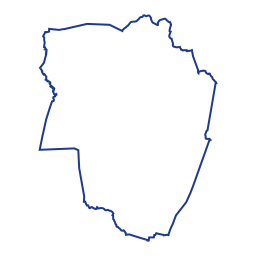 Erongarícuaro, Michoacán, Mexico
{"feature_id": "50627088B31918104119077", "entity_name": "Erongarícuaro", "entity_type": "district", "adm_level": 2, "iso_a3": "MEX", "parent_name": "Mexico", "parent_adm1": "Michoacán", "projection": "natural_earth1", "projection_center": [-101.71, 19.612], "detail": "fine", "context": "isolated", "style": "outline", "palette": "blue", "viewbox_px": 256, "rotation_deg": 0, "n_neighbors": 0, "source": "geoboundaries", "source_scale": "gbopen_adm2", "svg_char_len": 5437}
<svg xmlns="http://www.w3.org/2000/svg" viewBox="0 0 256 256"><path d="M210.5,140.0L209.4,138.8L208.9,138.8L207.6,138.9L206.4,138.9L206.2,138.8L205.8,138.5L205.7,138.2L205.6,137.2L205.7,136.8L205.7,136.3L205.2,134.9L205.3,134.1L206.1,132.4L206.4,131.2L206.8,130.7L207.5,130.3L215.6,83.3L216.3,83.2L216.1,82.7L216.0,82.4L215.6,81.9L214.5,80.8L213.7,79.9L212.9,79.2L212.7,79.0L212.6,78.8L212.6,78.7L212.6,78.4L212.5,77.9L212.3,77.7L212.0,76.9L211.7,76.8L211.5,76.6L210.8,75.8L210.5,75.3L210.1,74.2L209.8,73.7L209.7,73.6L209.0,73.6L208.9,73.6L208.6,74.1L208.2,74.1L207.8,73.9L207.6,73.7L207.4,73.6L206.9,73.5L206.7,73.4L206.3,73.0L205.8,72.3L205.7,71.9L205.5,71.3L205.4,71.0L205.2,70.9L204.3,70.8L203.9,70.6L203.0,70.7L202.8,70.9L201.7,70.8L199.7,71.5L198.6,72.2L198.6,72.5L198.5,73.2L198.3,73.0L198.1,72.5L198.0,72.0L198.0,71.6L198.1,70.5L198.1,70.1L197.9,69.6L193.3,57.0L193.0,56.1L192.8,55.0L191.9,50.1L190.7,50.6L189.6,50.8L187.9,51.0L187.4,51.2L187.2,51.2L187.1,50.9L186.7,50.9L186.6,50.2L185.9,50.3L184.2,50.1L183.8,50.2L183.4,50.4L183.0,50.4L182.8,50.4L182.5,50.1L181.5,49.8L181.1,49.7L180.9,48.8L180.7,48.6L180.2,47.9L180.0,47.5L179.9,47.0L179.7,47.1L179.1,47.1L178.2,47.2L177.4,47.3L176.8,47.2L176.6,47.3L175.9,47.2L175.4,47.1L175.2,47.0L174.9,46.7L174.2,46.8L173.7,46.6L173.3,46.3L173.0,46.0L172.9,45.7L172.7,45.1L172.8,44.9L173.0,44.4L173.0,43.7L171.6,38.7L171.2,38.6L170.7,38.4L170.2,38.0L169.6,37.4L169.5,37.0L169.4,36.5L169.3,36.3L169.2,35.7L169.7,34.2L170.1,33.0L170.7,31.7L169.6,31.2L169.6,30.9L169.6,29.8L170.2,27.5L171.1,24.7L171.0,24.4L170.6,24.1L170.5,23.7L170.6,23.3L169.9,22.0L169.7,22.1L169.3,22.1L168.8,22.0L168.4,21.8L168.1,21.4L165.2,18.7L163.7,18.9L162.8,19.2L162.1,19.4L160.4,19.9L159.8,20.2L159.4,20.5L159.1,20.9L158.7,21.3L158.1,22.4L157.8,22.8L157.8,23.0L157.9,23.7L157.9,23.9L157.9,24.3L157.9,24.9L157.9,25.0L157.7,25.1L157.4,25.1L157.1,24.8L156.5,24.6L155.3,24.0L154.6,23.5L153.4,23.0L152.9,22.7L152.5,22.3L152.0,21.4L151.6,20.6L151.3,20.0L151.2,19.6L151.1,19.2L150.8,17.6L150.6,17.4L150.3,16.8L149.7,16.0L149.4,15.8L149.0,15.5L148.8,15.5L148.5,15.5L147.6,15.7L146.3,16.2L146.2,16.2L145.4,15.9L145.2,15.8L145.0,15.6L144.9,15.5L144.7,15.4L144.0,15.4L143.5,15.4L143.3,15.6L142.7,16.6L142.5,16.8L142.3,16.9L141.4,17.0L140.9,17.1L140.4,17.3L139.5,18.0L139.4,18.1L139.2,18.3L138.9,18.9L138.6,19.3L137.8,19.8L137.5,20.2L136.9,20.8L136.7,21.0L135.8,21.4L134.6,21.6L133.5,21.6L132.4,21.8L131.4,21.9L131.1,22.0L130.7,22.2L129.7,23.4L128.4,25.1L127.9,25.6L127.5,25.9L127.0,26.3L126.2,27.0L125.9,27.4L125.7,27.5L124.5,28.3L123.8,28.9L123.3,29.5L122.4,30.3L122.3,31.0L109.6,24.8L87.0,23.9L64.3,29.1L63.2,29.1L59.2,29.9L49.1,28.9L49.1,29.6L49.1,31.6L46.0,32.4L45.9,32.4L45.8,32.0L45.2,32.0L44.3,34.1L44.1,34.5L43.9,34.6L43.9,34.8L43.1,36.2L43.1,36.3L43.4,36.6L43.7,37.0L44.2,37.5L44.2,40.0L44.7,42.6L44.0,47.2L44.3,47.5L44.7,47.6L44.9,47.6L45.0,47.5L45.6,48.6L46.0,49.2L45.9,49.5L45.7,49.6L46.5,49.8L46.5,50.2L46.5,50.6L46.4,50.6L46.2,51.7L46.4,51.7L46.3,53.8L45.9,53.8L46.0,55.0L44.0,62.7L40.0,67.9L42.3,71.1L42.2,71.2L41.9,71.7L42.6,73.0L43.7,74.6L44.4,74.1L46.4,76.9L46.2,77.2L46.3,78.8L45.8,79.3L45.6,79.7L47.6,80.6L47.4,81.2L48.8,81.7L49.3,81.6L49.7,81.9L50.0,82.2L50.4,82.9L50.4,83.1L50.3,83.6L50.1,84.0L49.9,84.0L50.6,85.4L51.6,86.2L50.7,86.7L51.0,86.9L51.3,87.0L51.6,87.3L51.7,87.2L52.3,86.7L52.7,87.1L54.3,88.4L54.0,89.4L53.2,89.1L53.6,90.6L53.1,90.8L53.0,91.4L54.0,93.8L54.1,94.1L54.9,94.5L56.3,94.0L56.4,94.8L55.4,95.2L55.0,95.5L55.1,96.4L53.6,96.9L53.4,97.1L53.2,98.1L53.9,99.5L53.7,100.8L53.1,101.2L52.1,101.3L50.4,106.0L46.2,119.3L42.4,136.4L39.7,149.8L74.4,148.4L78.3,150.2L79.2,168.3L84.2,196.5L83.9,201.7L84.9,201.5L85.2,201.6L85.4,202.6L85.7,202.9L85.9,203.3L85.9,203.7L86.1,204.1L86.4,204.4L86.5,204.8L86.9,205.5L87.7,205.3L88.1,205.4L88.2,205.8L88.5,206.1L88.8,206.8L88.9,207.2L89.3,207.9L89.7,208.2L90.2,208.1L90.8,207.5L90.9,207.3L91.1,207.2L91.4,207.1L92.3,207.3L92.8,207.6L93.1,207.8L93.3,208.1L93.8,208.3L94.1,208.4L94.3,208.6L94.6,208.8L94.9,208.8L95.4,208.8L95.7,208.9L95.9,209.1L96.3,209.0L97.1,207.1L97.4,207.3L97.5,207.7L97.7,208.2L98.0,208.3L98.2,208.5L98.4,208.5L99.1,208.3L99.7,208.2L101.4,208.0L101.8,208.0L102.8,208.3L103.6,208.6L104.4,209.2L104.5,209.3L104.7,209.5L104.9,209.8L105.1,210.0L105.4,210.1L105.7,210.2L106.3,210.2L107.6,209.9L108.0,209.9L109.0,210.5L109.5,210.7L110.5,210.8L112.5,212.1L113.0,213.0L113.4,213.7L112.5,215.1L113.0,215.3L113.1,215.5L113.2,218.5L113.3,219.3L113.7,219.7L114.1,220.1L114.3,221.2L114.6,221.5L114.9,221.9L115.0,222.4L115.3,223.4L115.5,224.1L115.8,224.3L116.2,224.5L116.3,224.7L116.2,224.9L116.3,225.4L116.5,225.8L116.5,226.3L116.6,226.6L117.1,226.8L117.3,226.8L118.0,227.0L118.4,227.6L119.6,228.5L120.4,229.3L120.5,229.6L121.1,230.0L121.3,230.2L121.3,230.4L122.1,230.7L122.5,230.7L123.6,230.4L123.8,230.8L124.3,231.0L124.9,231.6L125.0,231.9L125.3,232.6L125.8,233.2L125.8,233.9L125.9,234.8L129.2,234.4L138.4,237.3L147.1,239.9L147.1,240.2L147.3,240.5L148.7,240.6L148.8,240.4L149.0,238.7L149.2,237.4L153.8,237.4L154.3,235.0L154.5,235.0L155.2,235.1L156.3,233.2L158.5,233.8L159.7,234.1L163.1,234.8L162.8,235.5L162.9,235.4L164.0,235.3L164.9,235.2L165.0,235.2L165.6,235.0L166.4,235.0L166.6,234.9L167.1,234.7L167.6,234.9L168.5,235.1L168.8,233.7L169.2,232.4L169.5,231.7L169.6,231.4L169.7,230.9L170.7,228.4L171.4,226.8L172.5,224.6L175.9,215.5L186.1,202.4L190.3,193.2L193.2,185.7L209.2,140.8L210.5,140.0Z" fill="none" stroke="#1e3a8a" stroke-width="2"/></svg>